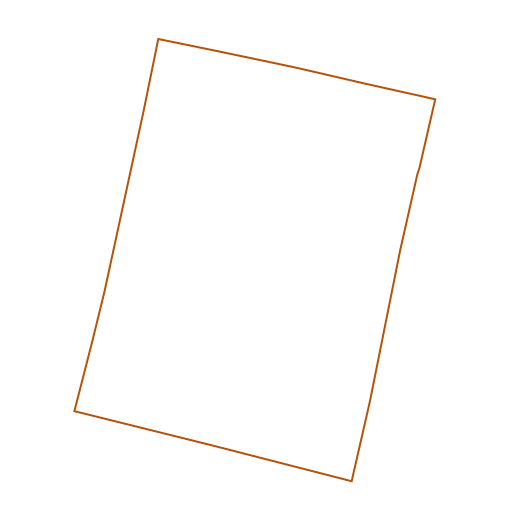 the district of Washtenaw, Michigan, United States of America, rotated 284°
{"feature_id": "52423323B44237705937430", "entity_name": "Washtenaw", "entity_type": "district", "adm_level": 2, "iso_a3": "USA", "parent_name": "United States of America", "parent_adm1": "Michigan", "projection": "robinson", "projection_center": [-83.81, 42.253], "detail": "fine", "context": "isolated", "style": "outline", "palette": "amber", "viewbox_px": 512, "rotation_deg": 284, "n_neighbors": 0, "source": "geoboundaries", "source_scale": "gbopen_adm2", "svg_char_len": 354}
<svg xmlns="http://www.w3.org/2000/svg" viewBox="0 0 512 512"><g transform="rotate(284 256 256)"><path d="M61.5,117.3L61.6,258.7L60.6,403.3L142.2,401.7L296.7,394.5L374.1,392.8L380.8,393.3L451.4,392.0L449.6,320.0L448.4,248.6L445.8,178.3L442.9,108.7L368.5,111.9L184.3,117.6L132.4,117.8L61.5,117.3Z" fill="none" stroke="#b45309" stroke-width="2"/></g></svg>